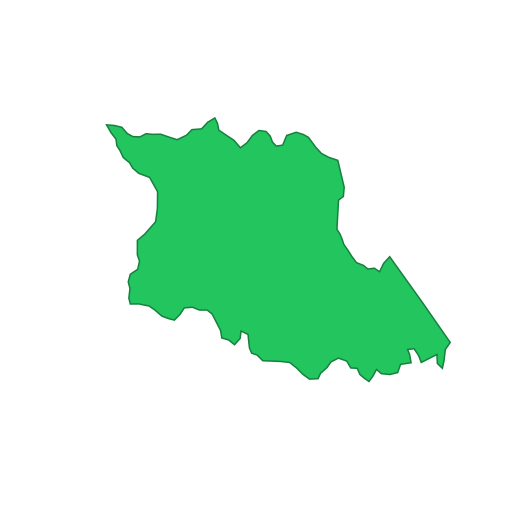 Galvão, Santa Catarina, Brazil (Mercator projection), rotated 243°
{"feature_id": "56859067B96587095974070", "entity_name": "Galvão", "entity_type": "district", "adm_level": 2, "iso_a3": "BRA", "parent_name": "Brazil", "parent_adm1": "Santa Catarina", "projection": "mercator", "projection_center": [-52.659, -26.443], "detail": "fine", "context": "isolated", "style": "filled", "palette": "green", "viewbox_px": 512, "rotation_deg": 243, "n_neighbors": 0, "source": "geoboundaries", "source_scale": "gbopen_adm2", "svg_char_len": 1809}
<svg xmlns="http://www.w3.org/2000/svg" viewBox="0 0 512 512"><g transform="rotate(243 256 256)"><path d="M270.3,122.2L266.5,129.8L260.0,138.0L253.9,141.3L245.0,144.9L239.7,149.9L235.9,154.2L238.5,161.8L242.3,168.6L239.2,176.1L233.5,181.1L230.0,187.9L224.1,190.6L213.9,190.6L205.6,190.6L198.5,188.3L193.6,193.5L186.7,196.6L189.7,204.4L195.9,208.6L189.7,213.3L184.2,211.1L177.0,208.4L171.4,208.0L167.3,212.0L159.6,214.5L154.9,222.9L150.9,230.0L145.9,237.6L137.9,241.3L129.6,243.9L122.0,247.8L118.5,255.6L122.2,260.3L124.3,268.5L127.6,274.7L127.6,283.1L121.1,289.2L113.2,289.6L110.0,295.2L103.2,294.8L97.9,297.0L92.9,299.7L95.9,305.7L100.2,311.9L94.3,314.2L89.6,321.5L87.8,329.3L93.8,335.6L90.5,345.7L98.2,348.1L103.8,348.6L101.7,354.7L93.7,355.7L86.1,354.9L86.1,362.2L86.1,372.5L77.9,368.8L71.3,371.1L77.5,376.1L86.7,382.2L90.8,389.8L140.2,383.0L194.7,374.8L191.5,366.4L185.9,358.9L191.4,355.9L193.6,349.8L198.8,347.5L204.5,342.5L212.0,341.2L218.8,340.6L226.5,339.5L232.1,340.4L237.6,340.8L243.0,340.2L268.3,354.9L269.4,360.9L277.2,365.8L304.1,372.3L310.9,365.6L317.6,360.9L325.7,358.6L337.9,356.6L342.7,353.4L348.0,348.0L349.5,338.1L342.7,330.1L344.7,324.0L349.9,322.4L356.3,323.1L362.4,321.5L366.5,315.6L365.1,307.6L361.0,299.4L359.5,291.2L369.1,288.9L377.2,284.3L385.1,280.0L391.6,281.9L397.7,282.0L397.1,273.7L394.0,265.2L397.7,256.3L395.2,248.9L395.4,238.6L401.6,232.3L407.8,226.4L411.6,218.6L414.9,213.6L414.8,206.7L418.3,200.5L423.6,196.9L431.6,194.9L436.6,189.1L440.7,182.4L431.6,182.8L423.7,184.3L417.5,182.1L411.3,182.7L404.0,182.4L396.5,185.7L390.3,186.0L382.8,189.1L374.3,196.9L358.0,197.5L343.1,189.7L332.1,182.1L326.0,166.7L323.8,157.4L310.9,150.8L304.4,149.9L297.9,144.6L296.8,135.7L290.9,130.4L284.2,128.9L276.2,123.6L270.3,122.2Z" fill="#22c55e" stroke="#15803d" stroke-width="1.5"/></g></svg>